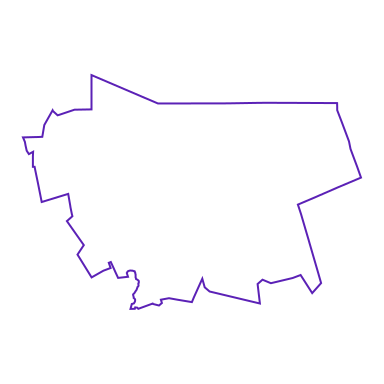 Nogales, Sonora, Mexico
{"feature_id": "50627088B60868873287779", "entity_name": "Nogales", "entity_type": "district", "adm_level": 2, "iso_a3": "MEX", "parent_name": "Mexico", "parent_adm1": "Sonora", "projection": "equal_earth", "projection_center": [-111.044, 31.194], "detail": "fine", "context": "isolated", "style": "outline", "palette": "violet", "viewbox_px": 384, "rotation_deg": 0, "n_neighbors": 0, "source": "geoboundaries", "source_scale": "gbopen_adm2", "svg_char_len": 3078}
<svg xmlns="http://www.w3.org/2000/svg" viewBox="0 0 384 384"><path d="M337.1,103.1L296.8,102.9L266.9,102.8L265.9,102.8L265.2,102.8L256.3,102.9L231.4,103.3L230.1,103.3L228.8,103.3L228.3,103.3L227.5,103.3L227.1,103.3L226.4,103.3L226.2,103.3L225.5,103.4L225.2,103.4L224.9,103.4L224.6,103.4L224.1,103.4L223.7,103.4L223.4,103.4L223.1,103.4L222.9,103.4L222.7,103.4L222.3,103.4L222.2,103.4L221.8,103.4L221.6,103.4L221.4,103.4L221.2,103.4L220.8,103.4L220.7,103.4L220.3,103.4L219.8,103.4L219.0,103.4L218.9,103.4L218.3,103.4L217.8,103.4L217.2,103.4L216.9,103.4L216.6,103.4L216.1,103.4L215.6,103.4L215.2,103.4L214.3,103.4L214.2,103.4L213.7,103.4L213.4,103.4L213.1,103.4L212.4,103.4L211.6,103.4L210.9,103.4L210.6,103.4L210.4,103.4L210.2,103.4L209.5,103.4L208.2,103.4L158.0,103.5L145.6,98.2L145.3,98.1L91.5,75.1L91.5,109.4L74.5,109.7L59.3,114.8L57.6,115.3L52.9,111.0L52.6,110.3L44.3,125.0L42.3,136.8L38.6,137.0L34.3,137.1L23.0,137.4L24.9,141.9L25.6,145.8L26.7,150.7L28.9,154.1L33.1,151.8L32.9,156.2L32.9,166.8L34.6,166.8L35.2,169.9L38.0,183.4L41.7,202.0L68.2,193.9L70.2,205.4L70.5,207.4L71.7,213.3L71.9,214.3L72.4,216.2L72.1,216.5L66.9,221.1L83.8,245.1L77.5,254.6L91.6,277.4L103.4,270.7L110.6,268.0L108.8,262.8L110.8,262.0L113.9,268.7L115.4,272.1L118.1,277.9L128.0,276.8L126.8,273.0L127.0,272.7L127.3,272.2L127.5,271.7L127.9,271.3L128.2,271.1L128.8,270.9L129.5,270.7L130.1,270.5L130.5,270.5L130.9,270.5L131.2,270.6L131.4,270.6L132.0,270.7L132.5,270.7L132.8,270.7L133.0,270.8L133.4,271.0L133.5,271.1L134.0,271.2L134.5,271.2L134.6,271.5L134.9,271.9L135.1,272.5L135.3,273.0L135.3,273.6L135.4,273.9L135.6,274.5L135.6,275.0L135.6,275.8L135.6,277.0L135.6,277.5L135.9,278.2L136.0,278.6L136.1,279.1L136.8,279.4L137.2,279.6L137.5,279.8L137.8,280.0L138.0,280.2L138.3,280.5L138.5,280.6L138.7,280.9L138.8,281.1L138.8,281.5L138.8,281.8L138.8,282.2L138.8,282.6L138.6,282.9L138.6,283.2L138.4,283.4L138.3,283.8L138.4,284.1L138.4,284.5L138.4,284.8L138.5,285.2L138.5,285.6L138.4,286.0L138.2,286.3L137.9,286.7L137.5,287.0L137.4,287.4L137.3,287.7L137.2,288.0L137.0,288.5L136.9,288.8L136.8,289.1L136.7,289.5L136.5,289.9L136.3,290.2L135.6,291.1L135.4,291.6L134.9,292.2L134.5,293.0L134.1,293.4L133.8,293.7L133.5,294.0L133.3,294.2L133.1,294.4L133.1,294.7L133.2,295.3L133.4,296.0L133.6,296.8L133.7,297.5L133.7,298.0L134.0,298.2L134.3,298.5L134.6,298.7L134.8,299.0L135.1,299.5L135.1,300.2L135.1,300.9L134.8,301.9L134.3,302.7L133.9,303.4L132.9,303.7L131.8,304.0L130.5,308.9L134.8,308.8L135.2,307.4L137.3,307.7L138.3,308.8L152.3,303.7L152.3,303.8L159.0,305.5L161.9,303.0L160.9,299.7L169.0,298.2L177.4,299.7L191.9,302.1L193.9,297.3L202.3,278.7L204.7,287.3L209.6,291.5L259.9,303.5L257.6,284.0L262.5,279.7L270.9,283.2L292.7,278.0L298.8,275.7L299.9,275.3L300.6,275.0L312.2,293.1L321.1,283.1L319.7,278.2L318.8,275.1L318.5,274.0L309.4,242.7L308.7,240.2L306.6,233.1L301.0,214.0L298.7,207.0L297.9,204.6L316.5,196.7L320.3,195.0L321.9,194.4L322.9,193.9L337.8,187.4L361.0,177.6L357.1,166.6L354.7,160.2L350.5,148.9L349.0,141.4L341.9,122.4L337.2,110.2L337.2,107.1L337.1,103.1Z" fill="none" stroke="#5b21b6" stroke-width="2"/></svg>